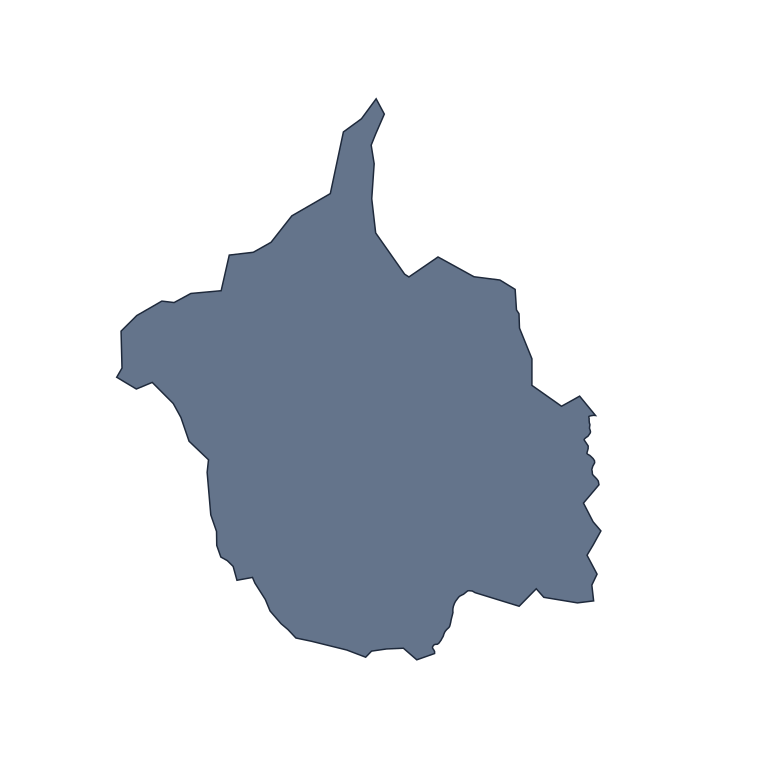 Galuut, Bayanhongor, Mongolia (Mercator projection), rotated 108°
{"feature_id": "93677404B91735821801074", "entity_name": "Galuut", "entity_type": "district", "adm_level": 2, "iso_a3": "MNG", "parent_name": "Mongolia", "parent_adm1": "Bayanhongor", "projection": "mercator", "projection_center": [100.179, 46.747], "detail": "fine", "context": "isolated", "style": "filled", "palette": "slate", "viewbox_px": 768, "rotation_deg": 108, "n_neighbors": 0, "source": "geoboundaries", "source_scale": "gbopen_adm2", "svg_char_len": 2163}
<svg xmlns="http://www.w3.org/2000/svg" viewBox="0 0 768 768"><g transform="rotate(108 384 384)"><path d="M599.0,485.7L600.4,478.5L604.1,471.1L616.1,463.2L608.6,449.3L613.3,445.2L625.6,430.3L635.1,422.2L643.8,407.8L647.2,399.5L652.8,389.3L651.1,373.6L648.5,337.2L649.5,317.0L641.9,313.3L635.2,299.7L629.3,283.9L636.2,267.6L624.7,252.6L622.8,253.2L621.6,254.4L620.3,256.1L619.2,256.6L618.1,256.4L616.4,255.7L615.8,254.8L615.0,252.8L613.5,251.7L611.9,251.2L609.8,250.5L608.3,250.3L606.1,249.8L604.9,249.7L603.9,249.8L601.5,249.6L600.2,249.3L598.2,248.5L595.7,247.1L594.5,246.7L593.0,246.7L590.2,246.9L587.2,247.3L582.6,247.6L580.0,247.8L578.6,248.4L576.5,249.0L574.1,249.3L570.9,249.2L568.5,248.8L566.2,248.0L564.1,247.3L562.6,246.6L560.7,244.8L559.4,243.4L554.9,240.5L554.3,239.3L553.6,236.0L554.3,233.0L553.6,186.8L531.7,175.9L537.5,166.1L532.4,132.4L525.5,117.6L511.0,124.2L499.0,122.6L484.1,138.0L472.3,135.3L456.7,132.3L450.4,142.6L435.6,157.5L413.4,148.4L410.1,150.2L408.7,152.1L407.6,154.0L406.6,156.0L405.5,157.8L404.6,158.2L402.5,159.1L401.3,159.9L399.0,160.0L397.4,160.0L396.1,159.7L393.8,159.3L391.9,160.1L390.3,162.1L389.2,164.3L388.3,166.3L387.9,168.5L387.4,169.5L386.6,169.7L384.3,169.8L382.3,169.9L381.1,170.3L379.9,170.6L375.4,176.3L374.8,176.5L373.8,176.1L372.2,175.1L371.0,174.1L370.2,173.7L369.0,173.4L367.8,173.0L366.6,172.7L365.5,172.9L364.3,173.6L362.8,174.8L361.4,175.2L359.9,175.4L358.8,175.7L357.5,176.7L355.1,177.7L353.5,178.2L352.0,179.1L351.5,179.1L350.6,178.0L350.0,176.9L349.0,174.9L348.6,173.1L335.1,194.2L350.3,208.3L339.6,242.9L314.3,251.1L289.0,272.4L275.5,277.3L272.6,280.9L253.5,288.5L249.3,305.9L254.2,331.6L246.5,371.9L274.5,393.4L273.2,398.3L242.9,438.6L211.6,452.9L177.6,461.4L160.8,470.0L149.0,469.2L127.2,467.1L115.2,479.6L138.7,487.4L156.8,500.5L196.7,496.3L219.5,493.9L238.3,510.8L252.5,523.6L284.1,535.2L299.1,549.0L309.2,571.0L345.6,567.7L357.6,595.7L371.4,608.8L373.8,620.9L395.3,640.3L415.0,650.4L449.8,638.1L460.2,640.3L465.3,618.0L454.1,604.9L467.7,578.4L478.6,566.8L498.7,551.7L510.3,527.5L522.7,524.9L562.0,508.3L576.0,497.7L589.2,493.2L599.0,485.7Z" fill="#64748b" stroke="#1e293b" stroke-width="1.5"/></g></svg>